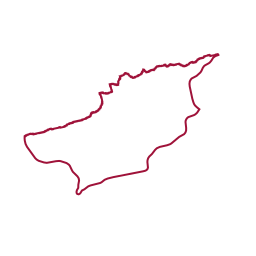 outline of Las Terrenas, Samaná, Dominican Republic, rotated 348°
{"feature_id": "3306468B40985088538713", "entity_name": "Las Terrenas", "entity_type": "district", "adm_level": 2, "iso_a3": "DOM", "parent_name": "Dominican Republic", "parent_adm1": "Samaná", "projection": "natural_earth1", "projection_center": [-69.552, 19.282], "detail": "fine", "context": "isolated", "style": "outline", "palette": "rose", "viewbox_px": 256, "rotation_deg": 348, "n_neighbors": 0, "source": "geoboundaries", "source_scale": "gbopen_adm2", "svg_char_len": 5648}
<svg xmlns="http://www.w3.org/2000/svg" viewBox="0 0 256 256"><g transform="rotate(348 128 128)"><path d="M201.7,124.5L199.6,121.9L198.2,119.8L197.6,118.2L197.3,116.4L197.0,112.7L197.0,100.3L197.3,97.6L198.1,95.3L199.5,93.6L200.6,92.8L205.9,91.3L210.4,88.7L211.8,87.3L213.7,84.7L215.2,83.3L216.4,82.7L220.4,81.5L221.7,80.9L223.6,79.4L225.9,77.0L227.1,76.4L228.5,75.8L231.6,75.4L231.6,75.1L231.0,74.7L231.0,74.4L229.3,74.4L229.3,74.7L223.6,74.7L223.6,74.4L223.3,74.4L223.1,73.7L222.5,73.7L222.5,73.4L221.4,73.4L221.4,73.7L217.7,73.7L217.7,74.1L217.1,74.1L216.8,74.7L215.7,74.7L215.7,75.1L214.0,75.1L214.0,74.7L212.6,74.7L212.6,75.1L211.7,75.1L211.7,75.4L210.6,75.4L210.6,75.7L210.0,75.7L209.8,76.4L208.6,76.7L208.6,77.1L208.1,77.1L208.1,77.4L207.5,77.4L207.5,77.8L205.5,77.8L205.5,77.4L204.9,77.4L204.9,77.1L204.4,77.1L204.4,76.7L203.8,76.7L203.8,77.1L202.1,77.1L202.1,77.4L201.0,77.8L200.7,78.4L199.0,78.4L199.0,78.8L198.1,78.8L198.1,79.1L197.0,79.1L197.0,79.4L196.2,79.4L196.2,79.1L195.3,79.1L195.3,78.8L194.7,78.8L194.7,78.4L193.6,78.1L193.6,77.8L193.0,77.8L192.8,77.1L192.5,77.1L192.5,76.7L191.9,76.7L191.6,76.1L191.1,76.1L191.1,75.7L188.2,75.7L188.2,76.1L186.0,76.1L186.0,75.7L184.8,75.7L184.8,75.4L184.0,75.4L184.0,75.1L183.4,75.1L183.1,74.4L182.6,74.4L182.6,74.7L182.0,74.7L182.0,75.1L181.4,75.1L181.4,75.4L180.3,75.4L180.3,75.7L179.5,75.7L179.5,76.1L179.2,76.1L179.2,75.7L178.6,75.7L178.6,75.4L178.0,75.1L178.0,74.7L177.8,74.7L177.8,74.1L177.2,74.1L177.2,73.7L176.9,73.7L176.9,74.1L176.1,74.1L176.1,74.4L173.5,74.4L173.5,74.1L171.2,74.1L171.2,73.7L169.3,73.7L169.3,74.1L168.4,74.1L168.1,74.7L167.6,74.7L167.3,75.4L166.4,75.4L166.2,76.1L165.6,76.1L165.6,76.4L165.0,76.4L165.0,76.7L163.9,76.4L163.9,76.1L162.8,76.1L162.8,76.4L161.6,76.4L161.6,76.7L160.5,76.7L160.5,77.1L159.6,77.1L159.6,77.4L157.9,77.4L157.9,77.1L157.4,77.1L157.4,76.7L156.8,76.4L156.5,75.7L156.2,75.7L156.0,74.4L155.4,74.1L155.4,74.4L154.8,74.4L154.5,75.1L154.0,75.4L154.0,76.1L153.4,76.1L153.4,76.7L152.8,77.1L152.8,77.4L152.3,77.4L152.3,77.8L151.7,77.8L151.4,78.4L149.5,78.4L149.5,78.8L148.6,78.8L148.6,79.1L148.0,79.1L148.0,79.4L145.5,79.4L145.5,79.8L144.9,79.8L144.9,80.1L143.8,80.1L143.8,79.8L142.9,79.8L142.9,79.4L142.4,79.1L142.4,78.8L141.8,78.8L141.8,78.4L141.2,78.4L141.2,78.1L140.7,77.4L140.1,77.1L139.8,75.7L139.5,75.7L139.3,75.1L138.7,75.1L138.7,74.7L137.6,74.4L137.3,73.7L136.7,73.7L136.7,74.1L136.1,74.1L135.9,74.7L135.0,74.7L134.7,75.4L132.7,75.4L132.7,75.7L131.0,75.7L131.3,76.4L130.8,76.7L130.8,77.4L130.5,77.4L130.5,78.1L130.2,78.1L130.2,78.4L129.6,78.4L129.6,78.8L129.3,78.8L129.1,79.4L128.5,79.8L128.2,81.1L127.9,81.1L127.9,82.4L127.4,82.8L127.4,83.5L127.1,83.5L127.1,83.8L126.5,83.8L126.5,83.5L125.7,83.5L125.7,83.1L125.1,83.1L125.1,82.8L124.0,82.8L124.0,82.4L123.4,82.4L123.1,81.8L121.4,81.8L121.4,81.4L119.2,81.4L119.2,83.1L119.4,83.1L119.4,83.8L119.7,83.8L119.7,87.8L120.0,87.8L120.0,88.8L119.7,88.8L119.7,89.1L119.2,89.1L119.2,89.5L116.3,89.5L116.3,89.8L115.8,89.8L115.8,90.1L114.9,90.1L114.9,89.8L113.8,89.8L113.8,89.5L113.2,89.5L113.2,89.1L111.5,89.1L111.2,88.5L110.7,88.5L110.7,88.1L109.8,88.1L109.8,87.8L107.5,87.8L107.5,88.8L107.3,88.8L107.3,89.1L107.8,89.5L107.8,89.8L108.1,89.8L108.1,92.5L108.4,92.5L108.4,96.8L108.1,96.8L108.1,98.2L107.8,98.2L107.8,98.9L107.5,98.9L107.3,99.5L107.0,99.5L107.0,100.2L106.4,100.5L106.1,101.2L105.8,101.2L105.8,101.5L105.6,101.5L105.6,102.2L105.0,102.5L105.0,102.9L104.4,102.9L104.1,103.5L103.6,103.5L103.6,103.9L103.0,103.9L102.7,104.5L102.2,104.5L102.2,104.9L101.0,104.9L101.0,105.2L100.2,105.2L100.2,105.6L99.3,105.6L99.3,105.9L97.9,105.9L97.9,105.6L97.1,105.6L97.1,105.2L96.5,105.2L96.5,105.6L95.9,105.6L95.9,105.9L95.4,105.9L95.4,106.2L94.8,106.2L94.8,106.9L94.2,107.2L94.2,107.9L93.9,107.9L93.7,108.6L93.1,108.6L93.1,108.9L92.0,108.9L92.0,109.2L90.3,109.2L90.3,109.6L89.1,109.6L89.1,109.9L88.6,109.9L88.6,110.2L85.2,110.2L85.2,110.6L84.3,110.6L84.3,110.9L82.3,110.9L82.3,110.6L80.1,110.6L80.1,110.9L78.1,110.9L78.1,110.6L76.1,110.6L76.1,110.9L75.3,110.9L75.3,111.2L74.7,111.2L74.7,111.6L73.6,111.6L73.6,111.2L71.9,111.2L71.9,111.6L71.0,111.6L71.0,111.9L69.0,111.9L68.8,112.6L68.2,112.6L68.2,112.9L66.8,112.9L66.8,113.3L65.9,113.3L65.9,113.6L62.0,113.6L61.7,112.9L61.1,112.9L61.1,113.3L54.3,113.3L54.3,113.6L53.7,113.6L53.7,113.3L52.9,113.3L52.6,112.6L51.5,112.6L51.5,112.9L49.5,112.9L49.5,113.3L48.7,113.3L48.7,113.6L46.9,113.6L46.9,113.9L46.1,113.9L46.1,114.3L44.7,114.3L44.7,114.6L42.7,114.6L42.7,114.3L41.6,114.3L41.6,114.6L41.0,114.6L41.0,114.3L40.4,114.3L40.4,114.6L40.2,114.6L40.2,114.3L37.0,114.3L37.0,114.6L36.2,114.6L36.2,114.3L34.8,114.3L34.8,114.6L34.5,114.6L34.5,114.3L33.9,114.3L33.9,113.9L32.8,113.9L32.8,113.6L31.1,113.6L31.1,113.3L30.8,113.3L30.8,113.6L28.5,113.6L28.5,113.9L26.8,113.9L26.8,114.3L26.0,114.3L26.0,114.6L25.4,114.6L25.4,114.9L25.1,114.9L24.7,116.6L24.4,119.0L24.5,122.3L25.3,125.4L31.0,138.3L32.2,140.0L33.8,141.5L38.6,144.2L41.3,145.2L50.7,145.5L53.8,145.9L55.2,146.4L60.6,149.5L62.5,151.5L63.2,152.8L64.5,158.1L65.0,159.5L68.5,164.8L69.3,167.0L69.2,169.3L67.6,173.2L66.9,176.2L65.1,178.2L64.3,179.9L64.3,181.3L64.7,182.0L66.0,182.6L67.1,182.3L68.1,181.6L69.9,179.6L72.6,178.9L77.0,176.8L79.4,176.4L89.3,176.0L90.8,175.6L94.4,173.8L97.6,173.2L103.4,173.0L133.7,173.5L136.0,173.4L137.4,173.0L138.6,172.1L139.3,170.8L139.9,165.3L140.4,163.6L141.4,161.8L142.9,160.3L145.9,158.5L150.0,155.0L152.0,153.8L155.2,153.1L162.6,153.0L165.8,152.6L167.2,152.1L176.3,147.3L181.6,145.7L183.2,144.4L184.3,142.6L184.9,140.1L185.5,134.1L186.0,132.7L186.9,131.5L187.9,130.6L189.2,129.9L195.3,129.1L196.8,128.6L198.8,127.4L201.7,124.5Z" fill="none" stroke="#9f1239" stroke-width="2"/></g></svg>